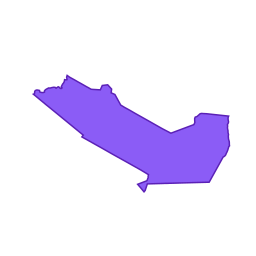 Poção de Pedras, Maranhão, Brazil, rotated 204°
{"feature_id": "56859067B9386852813171", "entity_name": "Poção de Pedras", "entity_type": "district", "adm_level": 2, "iso_a3": "BRA", "parent_name": "Brazil", "parent_adm1": "Maranhão", "projection": "mercator", "projection_center": [-44.86, -4.789], "detail": "fine", "context": "isolated", "style": "filled", "palette": "violet", "viewbox_px": 256, "rotation_deg": 204, "n_neighbors": 0, "source": "geoboundaries", "source_scale": "gbopen_adm2", "svg_char_len": 1781}
<svg xmlns="http://www.w3.org/2000/svg" viewBox="0 0 256 256"><g transform="rotate(204 128 128)"><path d="M166.5,101.1L146.9,99.3L145.6,99.2L131.6,97.8L106.3,95.5L98.9,94.8L90.3,93.7L90.0,92.1L89.4,91.0L89.4,89.7L89.3,88.6L89.3,87.5L96.3,80.5L87.4,76.2L86.9,77.9L87.6,84.8L73.4,91.6L71.4,92.6L69.6,93.4L68.0,94.2L64.0,96.1L55.9,100.0L42.5,106.4L31.8,111.5L29.3,140.1L28.5,141.2L28.0,142.3L27.8,143.4L27.9,144.5L27.8,146.5L27.9,148.7L28.1,149.9L28.2,151.0L28.4,152.0L28.0,153.0L28.9,154.5L29.3,155.5L30.0,156.8L31.7,158.8L33.1,161.4L33.5,162.9L34.7,164.4L35.6,166.3L36.6,167.6L37.3,168.8L37.8,170.4L38.5,171.3L38.5,172.5L38.4,173.6L38.8,174.8L39.5,175.7L40.3,177.0L40.8,178.3L40.9,179.8L62.3,172.9L65.1,171.8L66.6,171.3L67.9,170.4L69.6,166.6L71.0,165.3L71.0,163.9L70.0,161.7L69.2,160.3L69.2,157.9L85.8,141.6L86.7,140.7L96.0,141.3L100.4,141.7L110.6,142.7L112.7,142.9L127.7,144.3L132.3,144.8L134.2,145.0L139.3,145.4L144.0,146.0L148.9,149.7L153.6,153.3L157.7,153.3L158.8,156.9L164.1,159.2L165.3,158.5L168.8,156.4L168.8,151.6L175.7,149.0L177.5,148.4L180.2,148.7L181.7,148.8L183.0,148.9L189.0,149.5L191.3,149.7L192.6,149.8L194.3,150.0L195.3,150.1L197.4,150.3L202.1,150.7L205.0,151.3L204.8,149.5L204.0,148.4L203.4,147.4L204.4,146.7L205.6,146.4L205.1,144.5L205.2,142.9L205.6,141.5L205.7,139.7L205.7,138.5L204.6,137.8L205.2,136.8L206.2,136.7L207.2,137.2L208.5,137.3L209.2,136.3L209.9,135.1L211.0,135.5L212.3,135.1L213.2,134.5L214.1,133.9L215.4,132.8L216.8,132.3L218.0,130.8L219.0,129.4L219.4,127.9L218.9,126.8L220.0,125.8L221.1,125.4L222.2,125.1L223.3,125.1L224.1,126.3L225.2,126.1L226.7,125.7L227.9,124.6L228.1,123.5L227.7,122.3L227.4,121.2L228.2,120.4L211.8,115.8L210.6,115.5L198.1,112.1L173.3,105.3L166.0,103.3L166.5,101.1Z" fill="#8b5cf6" stroke="#5b21b6" stroke-width="1.5"/></g></svg>